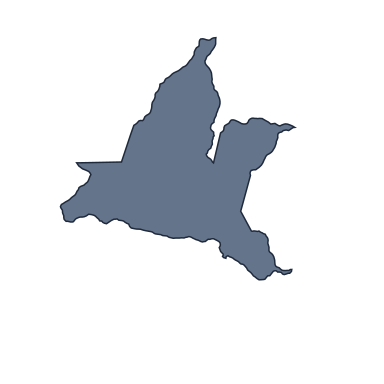 Serra Nova Dourada, Mato Grosso, Brazil, rotated 326°
{"feature_id": "56859067B93174038170819", "entity_name": "Serra Nova Dourada", "entity_type": "district", "adm_level": 2, "iso_a3": "BRA", "parent_name": "Brazil", "parent_adm1": "Mato Grosso", "projection": "orthographic", "projection_center": [-51.334, -12.07], "detail": "fine", "context": "isolated", "style": "filled", "palette": "slate", "viewbox_px": 384, "rotation_deg": 326, "n_neighbors": 0, "source": "geoboundaries", "source_scale": "gbopen_adm2", "svg_char_len": 5174}
<svg xmlns="http://www.w3.org/2000/svg" viewBox="0 0 384 384"><g transform="rotate(326 192 192)"><path d="M71.2,145.9L72.6,146.8L74.5,148.9L75.9,149.9L77.1,150.3L80.2,149.3L81.5,149.3L84.0,149.8L85.2,150.2L87.2,151.5L88.7,152.2L90.8,152.7L92.3,152.7L93.8,152.6L96.0,154.5L96.9,155.5L97.8,156.6L98.5,158.2L98.8,159.9L99.5,162.5L99.3,164.3L100.9,165.7L101.1,167.4L102.0,169.0L103.4,170.5L105.1,170.5L109.1,170.5L112.1,170.9L113.1,171.6L114.9,172.5L115.5,174.4L118.0,176.6L119.1,177.9L119.5,179.4L120.4,181.4L121.6,183.2L121.1,185.4L121.2,186.7L121.5,187.9L123.6,190.1L125.3,191.7L127.1,193.0L128.5,194.1L130.3,196.4L131.8,198.0L135.9,202.0L136.8,203.1L137.6,205.3L138.4,206.4L140.4,208.2L142.3,209.9L143.4,211.8L145.4,213.4L146.6,214.4L147.7,216.8L149.5,218.7L150.6,219.9L153.0,221.2L154.7,222.4L156.1,223.3L157.5,224.0L159.8,225.7L161.2,226.0L162.7,226.7L164.5,227.2L165.6,228.3L166.5,229.8L167.0,230.9L167.9,232.3L168.6,233.6L170.3,235.6L171.7,238.1L172.8,239.3L174.0,239.7L175.5,240.5L177.0,240.3L178.9,240.2L180.3,241.2L182.4,241.9L183.8,242.9L186.0,246.8L186.7,248.4L186.8,249.9L185.9,251.8L184.8,252.7L183.5,253.3L182.5,257.3L182.7,258.9L183.1,260.6L182.7,261.8L181.3,262.4L181.5,264.0L183.0,265.9L184.2,264.7L186.2,264.9L186.9,266.7L187.9,267.9L188.9,269.6L189.4,271.4L190.0,272.8L190.8,274.2L191.6,275.8L191.8,277.3L192.3,279.0L193.7,280.3L194.3,281.6L194.5,283.2L194.8,285.6L194.5,287.8L195.1,289.8L195.7,291.5L196.0,294.3L196.0,295.8L196.8,297.6L197.5,300.1L198.5,302.3L200.3,303.4L202.4,304.6L203.6,305.1L205.3,304.6L207.8,303.8L209.7,304.9L215.1,303.2L216.7,303.6L217.9,304.6L218.2,306.2L219.8,307.3L221.1,308.7L221.2,310.6L222.2,312.0L224.7,312.8L226.1,313.1L227.6,314.0L230.0,313.5L231.4,312.0L230.1,311.2L228.6,311.3L227.2,310.3L225.4,309.3L223.7,308.0L222.8,307.0L222.3,305.5L221.9,303.6L220.4,301.5L220.0,300.3L220.2,298.7L221.2,296.8L222.4,294.8L222.9,293.5L223.6,291.3L223.8,289.0L223.6,287.7L222.8,285.1L223.0,283.6L224.9,280.9L225.7,278.5L226.2,276.8L228.1,274.6L228.7,273.3L229.0,271.9L228.8,270.1L229.1,268.0L227.9,266.4L227.4,265.2L226.4,263.7L225.7,261.8L224.2,261.3L223.2,260.3L221.6,258.9L220.3,258.4L219.4,257.6L221.6,235.2L249.8,210.9L250.5,209.0L251.5,208.0L253.1,207.2L255.6,208.1L257.3,209.2L259.3,209.1L261.1,209.1L262.4,208.9L264.6,208.5L267.1,207.4L269.9,205.6L271.3,204.9L272.5,204.1L273.8,203.5L275.2,203.2L277.9,203.5L280.0,203.4L281.7,203.0L285.6,201.2L288.9,198.8L290.2,197.2L291.4,196.5L293.5,195.0L294.2,193.8L295.3,192.3L296.6,191.6L298.4,191.8L299.9,192.4L302.0,192.1L304.7,193.2L306.5,195.1L309.1,195.1L311.7,195.1L313.3,195.9L312.3,193.7L310.9,191.5L309.3,189.3L307.7,187.9L306.4,187.3L304.1,186.7L301.9,186.4L300.8,185.2L299.9,183.3L299.1,181.5L297.2,180.6L295.3,179.7L294.4,176.7L293.3,174.6L292.0,172.0L291.3,170.4L289.1,168.7L287.5,167.9L286.5,167.0L285.1,166.0L283.9,164.9L282.8,164.3L281.0,164.0L279.2,164.3L278.0,165.2L276.0,165.9L274.6,165.6L272.9,164.6L271.3,163.0L270.7,161.7L269.5,159.4L267.6,156.4L266.3,155.1L264.8,154.3L263.1,154.7L261.6,155.5L259.9,155.6L258.0,155.4L256.1,155.4L254.6,156.4L253.6,157.7L252.6,158.5L251.5,158.9L248.7,159.0L226.1,179.9L225.7,178.7L225.9,176.9L225.8,175.3L225.3,173.8L224.6,172.5L224.4,170.2L225.0,168.5L226.5,168.3L228.1,166.8L229.9,166.2L232.0,166.2L233.9,164.7L235.6,163.8L237.0,161.3L238.0,160.3L239.2,159.6L240.3,158.2L241.8,157.8L242.2,156.4L243.4,154.5L242.9,152.6L242.6,150.6L243.2,149.2L245.1,147.3L246.8,146.6L249.2,146.5L250.1,145.2L251.5,143.9L254.6,142.2L256.3,140.5L258.4,139.2L259.7,138.1L260.8,137.4L262.4,136.5L264.6,134.4L265.9,132.5L266.8,130.5L267.2,129.2L267.4,128.0L267.8,126.2L268.6,124.3L268.7,122.7L268.2,121.1L267.8,120.0L267.9,118.6L269.3,116.5L269.5,113.7L270.1,111.7L270.9,110.8L271.8,109.8L272.7,107.9L273.9,105.7L274.7,104.1L275.2,102.0L275.4,99.0L275.1,96.8L274.8,94.7L274.9,92.7L276.0,90.6L277.6,89.8L279.2,88.6L280.4,87.9L283.5,87.6L284.7,87.3L286.6,86.2L288.8,85.5L291.3,84.5L293.4,83.3L294.4,82.5L297.0,78.7L298.1,77.4L295.8,76.2L294.3,75.9L291.8,76.0L290.6,75.4L289.2,74.0L287.7,72.1L286.6,71.0L284.8,70.0L283.5,70.3L282.4,71.1L281.0,72.9L280.1,74.2L279.0,75.0L276.4,74.9L274.6,75.7L272.3,77.1L270.5,79.4L266.1,81.5L264.8,81.7L263.6,81.9L259.1,83.6L257.1,83.9L254.2,83.4L250.9,83.8L248.7,83.9L243.7,83.1L241.6,83.1L239.2,83.6L237.8,83.8L236.2,83.8L234.1,83.5L232.9,83.7L231.3,84.7L230.2,85.3L228.2,85.3L227.0,84.9L225.7,84.7L224.4,86.4L222.4,88.0L221.4,88.6L220.2,89.2L218.7,89.5L217.2,89.7L215.9,90.6L214.7,92.4L213.3,93.6L211.7,94.5L209.3,95.5L207.7,97.0L206.6,98.5L205.1,100.2L202.1,102.6L200.8,103.1L199.3,103.2L197.0,103.0L194.9,103.3L193.5,104.2L192.4,104.9L190.9,105.2L189.3,103.9L187.7,103.4L185.1,104.1L183.0,104.3L181.1,104.2L173.7,109.7L150.3,127.7L116.9,106.1L112.7,103.3L112.7,107.1L114.2,111.6L116.2,114.5L117.9,117.3L118.1,119.6L117.9,121.1L116.1,122.0L113.5,123.9L111.5,125.1L110.3,125.4L108.6,125.5L106.3,125.9L102.8,125.1L100.7,125.2L99.1,126.5L97.3,127.0L94.4,128.7L93.0,129.1L90.0,129.2L88.8,129.3L86.3,129.8L84.5,129.8L81.5,129.5L78.4,129.5L76.8,129.3L74.8,130.5L74.4,131.8L74.4,134.5L73.8,135.7L73.1,136.8L72.8,138.0L72.4,140.0L71.3,141.7L70.7,143.3L71.2,145.9Z" fill="#64748b" stroke="#1e293b" stroke-width="1.5"/></g></svg>